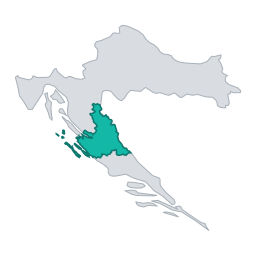 Zadarska highlighted on a map of Croatia
{"feature_id": "HRV-1493", "entity_name": "Zadarska", "entity_type": "County", "adm_level": 1, "iso_a3": "HRV", "parent_name": "Croatia", "parent_adm1": "", "projection": "equal_earth", "projection_center": [15.553, 44.407], "detail": "fine", "context": "in_parent", "style": "filled", "palette": "teal", "viewbox_px": 256, "rotation_deg": 0, "n_neighbors": 0, "source": "natural_earth", "source_scale": "10m", "svg_char_len": 9056}
<svg xmlns="http://www.w3.org/2000/svg" viewBox="0 0 256 256"><path d="M17.7,75.5L19.1,77.5L29.2,79.9L31.3,78.9L32.7,77.2L32.7,76.2L33.6,75.9L37.1,77.5L48.0,77.3L50.2,76.1L54.3,69.2L55.6,68.6L56.5,68.9L57.1,70.9L58.7,72.8L64.1,77.4L66.2,78.0L68.2,76.7L70.3,76.4L76.3,78.8L81.3,79.3L85.0,78.0L83.2,74.3L82.9,72.4L83.2,70.8L85.7,69.2L85.6,68.5L82.5,65.6L82.7,64.9L89.4,61.7L95.9,59.9L97.0,58.5L97.9,52.5L97.5,49.3L94.9,46.3L94.7,44.8L95.3,43.2L96.4,41.8L102.0,40.2L110.2,36.7L112.7,33.4L114.2,32.9L118.8,33.4L119.8,32.6L119.1,27.9L120.0,26.7L122.3,25.4L126.4,25.9L129.8,27.1L138.6,31.2L143.3,35.0L145.9,39.2L149.5,42.5L154.0,44.8L157.5,47.9L160.2,51.9L163.8,54.1L168.5,54.6L171.5,55.9L172.8,58.2L175.3,60.2L179.2,62.0L185.2,63.0L200.2,63.9L206.9,61.7L211.9,56.2L214.0,56.6L221.0,55.0L220.6,58.3L218.5,59.8L220.7,63.2L222.8,68.7L221.7,71.4L223.2,73.5L227.4,75.6L226.2,76.3L225.3,78.1L225.3,81.3L228.7,84.4L237.8,87.9L240.6,90.6L240.6,91.8L240.2,92.6L233.2,92.8L230.5,91.4L230.3,93.6L227.7,94.4L229.3,102.5L228.8,104.8L227.9,105.6L225.9,105.2L225.4,106.0L225.9,107.7L223.3,107.9L219.3,107.0L217.4,105.4L217.0,102.3L215.7,99.9L212.4,97.3L205.8,96.9L197.9,94.5L192.3,95.2L186.8,94.1L182.2,97.3L179.9,97.3L175.1,93.3L173.7,93.1L169.6,95.1L167.9,95.2L161.1,93.0L158.6,92.7L156.7,93.4L153.5,92.6L145.5,87.4L140.6,91.4L130.7,90.4L127.7,93.1L124.3,98.3L121.6,100.7L119.2,99.9L116.4,97.6L111.4,91.8L108.9,90.7L106.0,90.5L103.5,91.1L102.2,92.3L100.3,108.3L100.3,112.9L105.8,117.0L112.3,124.2L114.4,125.1L115.4,127.4L118.7,140.4L122.0,144.9L133.3,155.6L138.1,162.3L152.6,175.6L158.9,177.9L160.0,179.1L160.1,184.3L160.8,186.2L165.1,191.6L173.8,199.5L174.8,201.4L175.1,202.7L174.6,203.8L172.3,204.8L162.3,195.9L154.4,191.0L145.6,181.8L133.8,178.2L125.8,174.2L115.6,176.1L112.3,176.1L110.0,175.4L108.3,172.9L108.2,168.5L103.6,164.5L97.2,160.7L91.1,155.8L79.0,142.6L76.6,138.3L82.8,136.7L90.0,137.5L82.3,132.0L71.2,121.0L67.9,115.8L67.5,110.2L68.4,102.6L66.4,97.2L57.9,90.1L54.8,86.4L48.5,84.2L45.7,84.4L44.0,87.1L42.7,93.2L32.2,109.4L28.2,109.3L23.7,101.6L19.4,95.8L18.5,89.7L15.4,77.3L17.7,75.5ZM205.7,224.1L205.8,226.0L209.0,230.6L194.9,220.3L181.7,212.0L172.3,210.0L159.6,203.3L151.3,201.0L158.0,200.4L177.7,209.3L175.5,206.9L178.4,206.0L180.8,206.7L182.3,209.6L193.4,217.4L200.5,222.1L205.7,224.1ZM52.2,118.1L51.9,120.1L49.6,117.6L48.5,113.2L45.6,106.1L45.2,104.2L46.7,102.2L46.7,100.2L44.6,94.0L46.4,93.0L47.4,92.9L47.8,97.2L48.7,99.6L51.5,102.7L50.9,107.7L51.5,114.9L52.2,118.1ZM64.7,102.3L60.0,103.4L57.7,101.5L57.1,99.9L53.3,99.4L50.4,96.3L53.8,93.9L55.6,90.0L62.0,97.9L64.7,102.3ZM141.1,188.0L134.9,188.1L129.6,187.2L127.0,185.6L128.0,182.1L133.9,182.4L142.9,183.9L145.2,185.8L144.5,186.6L141.1,188.0ZM157.0,195.3L154.3,195.9L137.0,195.5L131.9,194.4L125.2,190.9L130.8,190.1L136.1,190.9L137.7,192.8L157.0,195.3ZM79.1,134.4L78.1,135.7L68.5,126.8L67.5,123.9L62.7,117.9L62.0,116.3L66.4,120.2L68.0,120.6L72.2,124.4L76.2,129.3L81.1,133.6L79.1,134.4ZM135.9,201.9L143.1,203.3L148.4,202.6L153.2,203.5L156.9,205.9L148.7,205.4L143.7,207.0L139.4,206.1L137.7,205.1L136.5,203.7L135.9,201.9ZM79.1,155.1L79.6,156.3L77.1,155.9L67.7,144.9L66.6,142.8L70.0,145.3L79.1,155.1ZM62.5,108.9L66.4,115.4L62.8,113.4L59.6,112.6L58.9,111.2L60.1,108.7L62.5,108.9ZM173.3,213.4L178.6,216.9L163.0,212.4L166.4,211.9L173.3,213.4ZM86.2,152.5L88.7,156.3L86.3,155.5L83.8,153.2L82.3,150.7L86.2,152.5ZM80.8,148.1L81.4,149.8L76.6,146.5L74.4,143.3L80.8,148.1Z" fill="#d9dde1" stroke="#a8b0b8" stroke-width="1"/><path d="M100.2,104.4L100.0,104.8L100.2,106.1L100.7,107.1L101.3,108.0L101.7,108.9L101.5,109.8L100.8,110.1L100.0,110.3L99.5,111.0L99.5,111.8L99.9,112.7L100.9,114.2L101.1,114.4L102.0,115.0L102.3,115.5L102.6,116.0L102.9,116.3L103.5,116.2L103.8,116.1L104.5,116.1L104.9,116.0L105.2,115.6L105.4,115.2L105.6,114.9L106.1,114.9L106.4,115.2L106.8,116.6L107.0,116.9L107.4,116.8L107.7,116.7L108.0,116.7L108.4,117.2L108.7,118.5L109.2,119.2L109.6,119.4L110.1,119.6L111.0,119.7L111.5,119.9L111.8,120.4L112.0,121.0L112.1,121.7L111.7,121.9L111.6,122.5L110.9,123.3L110.6,124.1L111.4,124.9L112.2,125.0L113.6,124.4L114.4,124.5L114.9,125.1L115.2,125.9L115.4,126.9L116.3,129.4L116.6,130.3L116.6,131.1L116.4,131.5L115.8,131.9L115.8,132.3L115.9,132.1L116.3,132.1L117.0,132.3L117.8,132.8L118.2,133.1L118.4,133.6L118.3,134.5L118.1,134.9L117.7,135.7L117.6,136.3L117.7,137.0L118.0,138.6L118.8,140.7L119.4,141.6L121.1,143.3L121.7,144.2L122.5,146.2L123.1,147.1L123.8,147.8L124.3,148.1L124.6,148.3L125.1,148.3L126.1,148.2L126.5,148.4L127.0,149.2L127.1,149.9L127.5,150.5L129.2,151.1L129.8,151.6L130.4,152.2L130.9,152.8L129.6,152.7L128.7,153.0L127.4,153.8L126.7,154.4L126.5,154.9L126.4,155.1L125.9,155.2L125.3,155.2L124.0,154.9L123.8,154.4L123.3,154.2L123.0,154.2L122.8,154.2L122.6,154.3L122.2,154.5L119.4,155.3L118.6,155.3L117.9,155.2L117.1,154.9L116.7,154.4L116.4,154.0L116.4,153.6L116.4,152.6L116.5,151.9L116.4,151.2L116.2,150.6L116.3,150.1L116.2,149.9L115.9,149.5L115.5,149.5L114.5,150.4L114.0,150.6L113.7,150.6L113.0,150.5L112.0,150.5L111.7,150.6L111.4,151.0L111.4,151.5L111.6,151.9L111.6,152.1L111.5,152.3L110.8,152.5L110.6,152.7L110.5,153.0L110.5,153.7L110.4,153.9L108.9,154.2L108.7,154.2L108.1,154.7L107.3,155.5L107.0,155.7L106.9,155.8L106.5,155.6L105.6,154.7L104.2,154.3L103.8,154.2L103.0,154.4L102.8,154.3L102.2,154.0L101.9,154.1L101.7,154.3L101.7,154.5L101.8,154.6L102.3,155.2L102.3,155.3L102.2,155.5L101.9,155.9L101.6,156.1L101.1,156.4L101.0,156.6L100.9,157.3L100.7,157.5L100.4,157.8L100.2,157.8L99.2,157.4L98.3,156.8L98.2,156.8L96.7,157.9L96.5,158.1L96.3,158.1L94.9,156.9L94.1,156.4L93.0,157.4L92.1,156.2L91.6,155.7L91.1,155.4L90.5,155.4L90.1,155.3L89.8,155.1L89.4,154.8L88.8,153.7L86.7,151.3L85.7,149.9L85.0,149.2L84.2,148.9L82.6,147.1L82.6,146.9L80.9,145.1L80.4,144.9L80.1,144.6L79.9,144.3L80.1,143.8L79.5,143.3L77.4,141.4L78.1,140.5L77.7,139.4L76.9,138.4L76.1,137.9L76.6,137.4L77.3,137.0L77.9,137.1L78.2,138.1L78.7,138.7L79.5,138.3L79.9,137.5L79.0,136.9L79.3,136.8L79.4,136.7L79.6,136.9L79.8,136.9L79.6,136.3L79.5,136.1L81.4,137.2L82.2,138.2L82.7,138.6L83.3,138.6L82.7,136.9L83.1,136.8L83.2,136.6L83.5,136.2L83.0,136.0L82.6,135.7L82.2,135.1L82.0,134.5L82.7,134.8L83.8,135.7L84.9,136.1L87.6,137.5L88.2,137.7L91.3,138.2L92.1,138.1L92.3,137.6L91.7,137.2L89.2,136.9L89.0,136.7L87.8,135.3L87.5,135.1L83.8,133.4L83.2,132.9L84.1,131.1L84.2,130.9L84.5,130.5L84.9,130.4L85.2,130.5L85.4,130.5L85.9,130.8L86.8,131.5L87.3,132.1L87.7,132.4L91.2,132.8L91.6,133.2L92.9,134.6L93.2,133.8L93.7,133.5L94.1,133.5L94.6,133.3L95.0,132.9L95.6,132.2L96.0,131.6L96.2,131.1L96.3,130.6L96.4,130.2L95.9,129.8L95.8,129.6L95.7,129.2L94.9,128.7L94.7,128.3L94.8,128.0L95.1,127.7L97.1,126.4L96.4,124.8L95.9,124.1L93.6,122.0L93.4,121.7L93.6,121.1L93.3,119.6L93.1,119.3L92.5,118.7L92.4,118.4L92.4,117.5L92.2,116.7L92.0,116.2L91.8,115.9L90.9,115.3L90.6,115.1L90.3,114.7L90.1,114.2L90.1,113.8L90.2,113.6L90.5,113.5L91.9,113.6L92.2,113.5L92.4,113.4L92.9,113.1L93.3,112.9L93.7,112.6L94.8,112.0L95.0,111.7L95.1,111.3L95.0,111.1L94.9,111.0L94.3,110.8L94.0,110.7L93.6,110.4L93.0,110.1L92.4,109.7L92.1,109.5L92.1,109.3L92.2,109.2L93.0,108.7L93.4,108.2L93.7,107.2L93.6,106.5L92.6,105.2L92.4,104.8L92.4,104.6L92.5,104.5L92.8,104.2L93.2,103.7L93.4,103.7L93.8,103.7L94.6,104.0L95.4,104.7L95.7,104.7L96.5,104.4L97.2,103.8L97.3,103.8L97.5,103.8L98.4,104.4L99.0,104.5L99.3,104.7L99.8,104.7L100.2,104.4ZM77.4,153.7L80.2,155.6L80.3,156.2L79.4,156.5L77.4,155.0L77.0,155.2L77.1,155.3L77.4,155.8L78.4,156.5L78.6,156.7L78.9,156.9L79.2,156.9L79.4,156.9L79.5,157.4L79.3,157.6L79.0,157.4L78.6,157.0L78.5,156.9L77.1,156.1L76.5,155.6L75.9,154.9L74.4,152.7L73.5,151.7L72.0,148.6L71.2,147.9L70.1,147.4L66.8,144.1L66.8,143.6L66.6,143.1L66.1,142.4L66.3,142.3L66.6,142.4L67.3,143.2L69.5,144.8L70.1,146.0L70.4,146.2L70.9,146.3L71.3,146.6L71.6,146.8L72.1,146.5L71.9,147.2L72.4,147.3L72.7,147.6L72.9,148.1L72.9,148.8L73.1,149.4L73.4,149.9L75.2,151.7L75.7,151.9L76.2,152.0L76.3,152.3L77.4,153.7ZM83.5,152.9L83.3,152.3L82.3,151.2L81.9,150.6L82.7,150.7L83.3,150.9L85.4,152.4L86.7,152.7L86.8,153.0L86.9,153.8L87.0,154.1L87.2,154.4L87.7,154.6L88.0,154.8L88.3,155.1L88.7,155.7L88.9,156.3L89.1,156.9L88.5,156.6L87.6,156.4L87.4,156.2L87.2,155.8L86.2,155.5L85.7,155.3L85.3,154.8L85.5,154.6L85.6,154.4L85.1,154.2L84.4,153.8L83.8,153.3L83.5,152.9ZM81.7,150.3L81.2,149.8L80.8,149.1L80.5,148.7L80.1,148.9L79.8,148.9L79.8,148.7L79.5,148.2L79.1,148.8L78.4,148.3L77.6,147.4L76.5,146.6L75.2,145.0L74.5,144.5L74.6,144.2L74.8,144.1L74.3,143.1L80.6,147.9L81.4,148.9L81.7,150.3ZM64.1,132.3L64.4,132.7L64.6,133.6L64.2,134.0L63.6,133.8L63.2,133.5L62.5,132.9L62.6,132.5L63.0,131.9L62.8,130.4L63.1,130.2L63.5,130.2L64.0,130.4L64.3,130.9L64.4,131.3L64.1,132.1L64.1,132.3ZM62.6,136.5L63.1,136.9L63.8,137.5L63.8,137.8L63.2,137.8L62.8,137.9L62.6,138.2L62.2,138.1L61.8,137.5L61.8,137.1L62.2,137.1L62.4,137.0L62.4,136.6L62.6,136.5ZM57.0,134.1L58.1,134.9L58.8,135.7L58.7,135.9L58.0,135.5L56.4,134.2L56.3,133.8L57.0,134.1ZM65.8,143.8L66.1,143.6L66.3,143.6L66.6,143.8L66.8,144.1L66.3,144.3L65.5,144.1L64.9,143.5L65.0,142.7L65.2,143.3L65.5,143.6L65.8,143.8Z" fill="#14b8a6" stroke="#0f766e" stroke-width="1.5"/></svg>